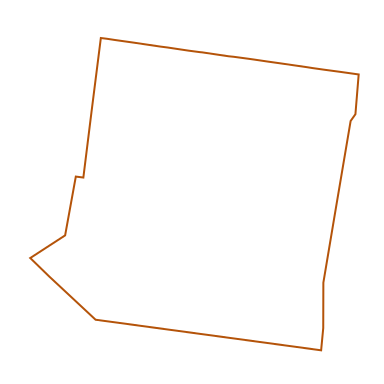 the district of Mercer, Pennsylvania, United States of America, rotated 98°
{"feature_id": "52423323B88020192595097", "entity_name": "Mercer", "entity_type": "district", "adm_level": 2, "iso_a3": "USA", "parent_name": "United States of America", "parent_adm1": "Pennsylvania", "projection": "albers", "projection_center": [-80.421, 41.281], "detail": "fine", "context": "isolated", "style": "outline", "palette": "amber", "viewbox_px": 384, "rotation_deg": 98, "n_neighbors": 0, "source": "geoboundaries", "source_scale": "gbopen_adm2", "svg_char_len": 650}
<svg xmlns="http://www.w3.org/2000/svg" viewBox="0 0 384 384"><g transform="rotate(98 192 192)"><path d="M331.9,269.7L330.8,42.1L308.5,43.1L263.5,49.3L188.6,47.3L99.6,44.8L92.2,41.0L52.4,43.3L52.4,62.2L52.5,77.9L52.5,81.7L52.5,89.9L52.4,95.3L52.3,122.1L52.3,127.1L52.3,134.9L52.2,149.4L52.2,149.8L52.2,150.2L52.2,150.6L52.2,152.0L52.2,152.8L52.2,154.6L52.3,169.7L52.5,174.6L52.3,201.2L52.3,201.4L52.4,203.5L52.5,215.2L52.4,226.8L52.3,236.3L52.4,243.5L52.2,270.7L52.2,289.1L52.1,297.8L52.2,303.7L124.4,302.7L124.7,302.7L192.8,301.6L192.9,309.2L252.6,311.6L279.9,343.0L295.7,321.4L331.9,269.7Z" fill="none" stroke="#b45309" stroke-width="2"/></g></svg>